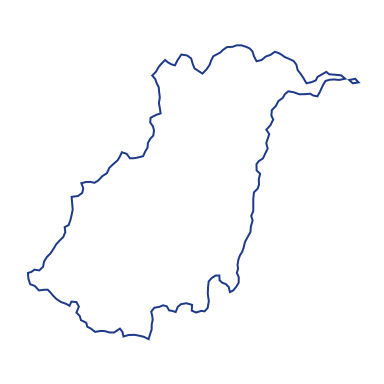 Araponga, Minas Gerais, Brazil (Natural Earth projection), rotated 185°
{"feature_id": "56859067B49785283687690", "entity_name": "Araponga", "entity_type": "district", "adm_level": 2, "iso_a3": "BRA", "parent_name": "Brazil", "parent_adm1": "Minas Gerais", "projection": "natural_earth1", "projection_center": [-42.51, -20.667], "detail": "fine", "context": "isolated", "style": "outline", "palette": "blue", "viewbox_px": 384, "rotation_deg": 185, "n_neighbors": 0, "source": "geoboundaries", "source_scale": "gbopen_adm2", "svg_char_len": 2988}
<svg xmlns="http://www.w3.org/2000/svg" viewBox="0 0 384 384"><g transform="rotate(185 192 192)"><path d="M313.0,71.0L308.0,69.7L304.1,68.0L302.6,72.3L297.6,72.3L294.7,68.0L296.6,61.8L293.1,58.8L291.4,54.6L286.0,52.6L284.5,48.6L281.0,47.2L276.3,44.2L271.1,45.6L266.6,45.8L261.9,44.9L257.4,45.3L251.9,49.6L249.1,46.6L247.7,42.1L242.4,44.1L236.5,44.7L231.8,44.2L227.5,43.6L222.4,41.6L221.4,46.6L220.2,51.7L220.6,56.5L220.0,61.1L220.8,65.1L222.2,69.2L219.5,73.4L214.6,74.7L211.0,76.6L207.1,75.9L204.5,72.1L201.1,71.8L197.8,71.0L196.2,76.2L193.2,79.3L188.0,80.7L182.1,79.6L181.9,73.8L177.4,72.3L172.4,74.4L169.1,74.2L166.3,77.8L165.7,84.7L167.4,91.9L167.7,98.6L167.6,104.3L165.1,107.8L161.3,110.8L157.5,111.2L156.8,106.5L154.0,104.2L150.4,103.3L147.1,100.5L145.5,95.6L142.4,97.5L139.7,101.4L137.6,105.7L138.0,111.2L140.3,115.4L139.4,119.6L140.3,123.4L139.9,128.6L138.7,133.1L136.9,136.5L135.7,141.0L134.9,146.7L132.7,151.9L130.3,157.2L130.3,163.1L129.1,168.8L130.9,173.3L129.3,178.4L129.8,184.0L130.4,190.9L130.2,197.1L126.8,201.2L125.9,205.3L126.6,210.6L125.7,216.1L129.5,219.1L130.2,225.3L128.0,228.7L124.2,231.7L122.0,237.8L120.4,241.8L122.3,247.2L121.0,252.5L120.1,256.4L123.4,260.5L119.7,265.4L117.4,271.3L119.6,275.0L119.6,280.5L116.0,285.0L113.8,290.2L109.8,293.6L107.9,297.7L104.8,300.7L99.2,300.2L93.6,298.7L87.3,299.4L82.9,300.2L79.7,298.7L75.4,298.2L73.2,303.2L70.9,309.7L68.7,314.3L64.6,315.8L60.4,316.5L54.9,316.5L49.3,318.2L53.5,321.2L60.1,321.3L65.6,321.2L68.7,323.4L72.7,320.6L77.0,317.6L78.5,313.9L82.6,311.8L87.5,310.3L90.9,315.2L94.2,319.3L97.4,322.7L99.1,327.9L102.2,331.4L107.2,333.2L111.3,334.5L114.5,336.4L117.6,337.9L121.7,338.9L125.7,335.5L130.3,333.4L134.1,329.6L139.1,327.9L142.1,332.6L144.1,337.4L147.0,340.0L150.6,341.3L155.5,342.4L160.4,342.0L164.1,340.2L169.8,339.4L173.6,336.2L176.0,333.4L178.9,331.5L182.6,329.1L184.5,324.4L185.4,320.5L188.1,315.6L191.9,310.9L196.1,313.1L200.3,315.4L202.5,319.8L204.5,325.0L208.8,327.6L214.6,328.0L218.0,321.9L220.0,316.7L223.3,317.3L226.7,318.7L230.3,321.2L233.9,316.8L236.0,313.8L238.4,308.6L241.8,304.5L238.6,301.5L236.5,297.0L234.3,293.6L233.4,288.5L232.3,283.3L232.7,277.8L231.4,272.8L230.1,267.6L234.4,265.7L239.7,262.4L239.7,257.6L236.6,254.0L235.2,249.9L235.5,244.8L238.1,241.6L240.2,237.0L240.2,232.2L242.2,228.1L243.8,223.4L248.1,221.9L252.6,220.6L256.8,220.2L260.4,224.3L265.3,225.5L266.8,221.4L268.9,217.0L272.7,213.1L276.5,208.8L278.4,203.3L282.6,200.1L286.6,195.1L289.9,192.7L294.2,193.2L298.3,192.8L303.0,191.1L300.6,186.2L301.3,181.5L305.3,178.0L311.5,176.7L310.5,170.7L309.3,164.1L309.8,159.6L310.6,153.9L312.0,148.3L315.8,145.9L314.7,141.0L316.3,136.0L319.2,132.6L322.7,128.1L324.6,124.1L327.6,118.5L330.9,114.6L333.3,109.9L333.8,104.6L337.3,100.6L342.2,100.9L345.2,98.3L348.4,97.1L347.4,91.3L345.1,86.0L340.4,84.7L335.9,80.6L331.0,81.7L327.2,82.1L324.5,79.8L321.5,76.8L317.8,73.6L313.0,71.0ZM45.2,317.3L41.3,314.3L35.6,315.7L39.3,319.0L45.2,317.3Z" fill="none" stroke="#1e3a8a" stroke-width="2"/></g></svg>